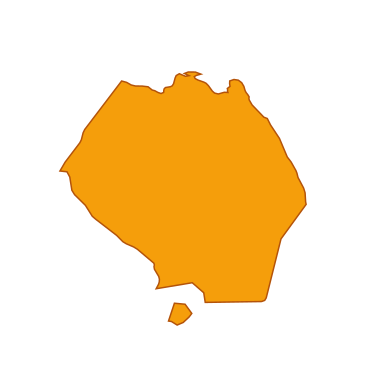 Isabela, orthographic projection, rotated 307°
{"feature_id": "PHL-2550", "entity_name": "Isabela", "entity_type": "Province", "adm_level": 1, "iso_a3": "PHL", "parent_name": "Philippines", "parent_adm1": "", "projection": "orthographic", "projection_center": [122.081, 16.969], "detail": "fine", "context": "isolated", "style": "filled", "palette": "amber", "viewbox_px": 384, "rotation_deg": 307, "n_neighbors": 0, "source": "natural_earth", "source_scale": "10m", "svg_char_len": 1499}
<svg xmlns="http://www.w3.org/2000/svg" viewBox="0 0 384 384"><g transform="rotate(307 192 192)"><path d="M238.3,69.0L240.2,73.8L240.9,79.1L242.7,83.2L246.5,88.3L249.6,93.6L249.5,98.9L250.5,101.3L251.0,104.8L252.0,108.0L254.4,109.4L255.2,109.0L256.2,108.3L257.6,107.7L259.4,107.9L263.1,111.4L264.9,112.3L267.4,112.1L272.9,109.9L275.5,109.3L278.8,110.7L280.5,117.2L283.1,119.6L282.1,114.6L285.6,116.8L289.8,122.5L291.5,128.2L287.7,125.3L285.5,124.4L284.5,126.2L285.0,129.4L286.9,135.4L287.3,137.9L286.8,141.1L284.8,147.6L284.6,150.5L286.1,154.0L291.1,157.8L293.1,160.8L293.8,159.8L295.2,158.8L295.9,157.9L299.2,158.8L301.2,156.8L303.4,155.3L307.1,157.8L309.2,161.7L309.2,165.9L307.6,169.8L305.0,173.3L304.0,175.3L303.3,178.0L302.4,180.3L300.8,181.3L299.9,182.4L297.7,187.6L295.0,204.3L296.0,207.9L292.8,214.4L287.4,229.6L277.3,247.0L275.6,253.1L271.6,262.2L270.1,264.6L267.4,267.9L262.3,278.8L259.4,282.8L252.6,288.6L250.8,290.6L208.1,291.3L152.1,315.0L149.2,315.3L146.4,313.5L111.8,269.0L118.6,262.0L119.7,246.8L93.2,221.6L98.2,220.8L100.4,220.0L102.7,218.5L104.5,216.3L107.7,208.5L109.5,206.6L111.1,205.8L112.2,204.4L113.4,182.7L113.0,178.5L111.1,170.7L110.7,166.7L112.0,157.9L112.3,131.5L112.6,127.0L117.2,114.9L119.2,99.9L121.1,95.0L130.4,85.4L132.9,80.0L129.3,73.9L139.6,72.7L163.8,72.8L167.1,72.2L173.8,69.4L177.4,68.7L238.3,69.0ZM90.4,264.9L82.5,263.5L76.8,260.2L76.2,253.5L74.8,250.9L92.6,244.9L98.2,254.0L94.9,264.9L90.4,264.9Z" fill="#f59e0b" stroke="#b45309" stroke-width="1.5"/></g></svg>